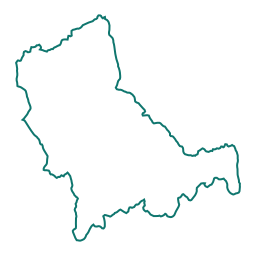 Ikolomani, Western, Kenya
{"feature_id": "3690345B71377831828194", "entity_name": "Ikolomani", "entity_type": "district", "adm_level": 2, "iso_a3": "KEN", "parent_name": "Kenya", "parent_adm1": "Western", "projection": "equal_earth", "projection_center": [34.717, 0.194], "detail": "fine", "context": "isolated", "style": "outline", "palette": "teal", "viewbox_px": 256, "rotation_deg": 0, "n_neighbors": 0, "source": "geoboundaries", "source_scale": "gbopen_adm2", "svg_char_len": 5770}
<svg xmlns="http://www.w3.org/2000/svg" viewBox="0 0 256 256"><path d="M75.4,238.0L76.7,240.2L77.9,240.3L79.2,240.6L80.5,240.6L81.9,240.1L83.8,239.2L84.9,238.0L85.7,236.6L86.3,234.9L87.2,233.9L88.3,232.3L89.9,228.9L91.3,226.5L92.2,225.5L93.4,224.6L94.6,226.2L95.8,226.5L97.1,226.5L98.2,226.2L99.1,226.2L100.3,226.6L101.2,227.3L102.1,228.3L103.5,228.5L104.3,227.6L104.8,226.4L104.8,223.5L104.7,221.8L104.4,220.0L104.0,218.2L103.3,216.2L104.8,215.0L106.0,215.2L107.2,215.6L108.8,216.0L110.1,216.6L111.2,216.1L112.6,214.9L114.1,214.0L114.9,212.9L116.0,212.6L117.0,212.1L119.5,210.0L120.5,209.6L124.0,211.9L126.3,213.1L128.3,211.5L128.7,209.3L129.5,207.5L130.8,207.3L132.0,207.8L134.2,207.0L135.2,205.5L136.3,204.5L137.7,204.6L139.1,203.7L139.9,202.4L140.8,201.6L141.7,200.9L142.9,200.5L144.1,199.6L144.7,201.4L144.2,202.9L144.6,204.1L144.8,205.6L143.9,206.3L143.2,207.7L143.6,209.5L144.8,210.8L145.9,211.5L147.2,210.9L148.7,212.1L150.5,214.5L152.1,215.3L153.8,216.1L158.2,216.0L159.4,215.6L160.8,216.4L162.2,216.0L163.2,215.5L164.0,215.0L165.2,213.8L166.3,214.4L166.8,215.5L167.5,216.3L169.0,216.8L170.4,217.1L171.6,217.0L173.0,216.3L174.2,215.2L174.8,214.0L175.9,211.4L177.9,207.9L178.7,206.4L179.2,204.6L178.5,202.2L178.1,199.5L178.1,198.2L179.0,197.7L180.0,197.5L180.9,196.7L182.5,194.4L183.4,194.2L185.7,196.4L187.1,197.2L187.9,198.4L188.9,200.0L190.3,200.4L191.4,200.0L194.9,195.5L195.6,194.3L196.3,192.8L196.8,191.0L196.7,189.5L196.9,187.8L199.2,185.5L200.2,184.5L201.1,183.5L203.3,183.2L204.9,183.3L204.4,184.5L205.1,185.8L206.1,186.6L207.4,187.1L210.3,184.9L211.5,184.6L212.3,183.4L213.1,182.0L213.7,180.1L214.1,178.5L215.1,177.8L216.8,177.8L218.9,179.3L221.0,179.3L222.3,179.0L223.7,178.6L224.3,179.4L226.1,181.2L227.2,183.8L227.3,185.1L227.2,187.2L227.6,188.9L228.3,190.4L229.0,191.5L230.0,192.7L231.4,193.7L233.2,194.5L234.6,194.1L235.6,193.5L237.5,193.1L238.8,192.5L239.5,191.2L239.9,186.9L239.8,185.1L239.9,183.6L239.0,182.2L238.9,180.2L237.8,175.7L237.6,174.4L237.5,169.0L237.2,167.1L237.1,165.2L237.3,163.6L237.8,161.7L237.9,160.0L237.7,158.7L237.7,155.4L236.7,151.9L235.7,150.3L235.3,148.8L234.2,146.2L232.9,145.6L232.1,145.0L231.2,145.6L228.6,146.5L227.6,145.9L226.8,144.4L225.3,144.2L224.1,146.8L223.2,147.3L222.3,146.6L221.2,146.5L220.2,148.0L218.7,148.7L217.5,148.4L216.6,148.4L215.8,149.1L214.6,149.4L213.0,149.2L212.3,151.0L210.9,150.8L208.6,151.9L206.2,151.4L205.4,150.7L204.6,149.5L203.4,148.7L202.5,148.4L199.4,150.6L198.2,151.2L198.0,152.7L197.5,154.3L196.2,154.8L195.1,155.8L194.1,155.4L193.1,155.8L192.2,155.9L191.3,155.4L190.3,155.2L189.0,155.3L187.6,155.0L185.0,154.2L183.8,152.9L183.3,151.5L183.2,149.7L183.0,148.1L182.1,146.6L179.9,146.1L179.0,145.0L178.3,143.9L177.6,142.5L175.9,140.6L175.4,139.5L173.2,136.7L172.2,136.2L170.8,136.1L170.0,135.2L170.0,133.3L168.3,130.9L167.2,129.9L165.6,127.5L164.8,126.5L163.5,126.2L162.0,124.9L160.5,123.3L159.4,122.8L158.5,122.8L157.2,122.8L153.9,123.4L152.6,122.4L152.1,121.2L150.1,118.4L149.5,117.2L148.9,115.6L147.2,115.2L143.9,115.5L142.8,115.5L142.4,114.2L143.1,113.0L144.2,112.6L145.1,111.4L144.6,109.9L143.0,108.3L139.6,104.5L138.8,103.4L137.9,102.9L136.6,102.5L135.2,101.5L134.7,98.1L134.2,96.7L133.2,95.6L132.4,94.5L131.4,94.0L130.5,93.1L129.3,92.7L127.9,92.7L126.7,92.4L125.5,91.7L124.4,91.5L122.6,90.5L121.6,90.0L120.3,89.7L119.1,89.8L116.8,89.2L115.8,87.7L117.1,85.0L117.6,82.9L118.2,81.0L119.1,79.8L119.9,79.0L120.2,77.7L120.2,76.0L119.9,72.5L119.6,70.8L118.9,68.2L118.1,66.4L118.1,64.4L116.4,59.1L115.3,53.8L114.3,46.3L114.0,44.5L113.4,42.3L113.3,40.5L113.0,39.2L112.4,37.9L110.2,35.7L109.3,34.9L109.0,33.6L109.0,32.1L109.4,30.0L109.5,25.5L108.9,23.0L108.3,21.5L107.0,20.0L105.1,19.0L104.9,17.0L103.9,17.4L102.9,18.3L101.8,17.4L101.0,15.9L100.1,15.4L98.5,15.4L97.5,16.7L97.2,18.2L96.0,19.1L94.6,19.4L92.7,21.2L88.8,22.5L82.8,25.2L81.6,26.8L80.5,27.8L78.7,28.7L77.5,28.6L76.2,28.9L74.9,29.4L73.0,29.8L71.5,30.9L71.5,33.3L71.7,35.6L70.6,36.3L69.5,35.9L68.4,35.9L68.0,37.6L67.6,39.6L65.1,39.4L63.8,39.5L62.3,39.9L61.4,41.2L61.0,42.8L60.6,43.9L59.7,45.2L58.5,45.4L57.7,46.0L56.6,46.4L55.6,47.1L54.5,47.4L53.6,48.1L52.9,49.1L51.9,49.0L50.9,49.3L49.8,50.0L48.8,50.1L47.7,50.5L46.9,51.6L44.1,50.8L42.8,50.2L40.0,49.5L40.8,48.5L41.0,47.2L40.3,45.9L39.2,44.7L37.9,45.3L36.7,45.3L35.5,46.7L34.1,47.1L32.6,47.3L31.4,47.1L30.5,49.8L30.3,51.6L28.9,52.2L27.7,52.2L26.8,51.5L25.4,51.1L24.0,51.9L23.6,53.3L23.6,55.1L22.7,56.6L22.0,57.7L20.9,60.5L19.9,60.9L18.0,60.4L17.0,61.4L16.1,62.9L16.6,64.7L16.9,66.8L17.2,69.0L17.0,70.3L17.1,71.7L17.3,73.5L17.3,75.3L16.6,78.8L16.7,80.8L17.1,82.2L17.3,83.9L17.4,86.0L18.3,86.5L19.7,86.8L21.3,87.5L22.3,88.2L24.8,89.9L25.8,91.1L26.7,94.5L27.0,96.7L27.7,98.3L28.2,99.9L28.5,101.7L29.9,105.2L30.4,106.6L30.6,108.2L30.2,109.4L29.3,110.6L28.3,112.1L27.7,113.5L26.9,114.8L23.9,118.6L22.6,119.8L24.5,120.5L25.4,121.7L29.0,127.4L31.3,130.9L33.7,134.2L34.6,135.2L36.9,137.0L37.6,138.0L38.7,139.1L39.5,140.7L40.1,143.5L40.7,144.3L42.0,144.5L42.7,146.0L42.9,147.6L43.5,149.2L44.2,150.5L47.6,156.1L47.4,157.9L47.2,159.1L47.0,162.2L46.8,163.7L46.1,164.9L45.0,166.1L44.3,167.1L43.7,168.4L43.7,169.9L44.9,170.3L46.2,170.2L48.8,170.6L49.7,172.0L49.9,173.4L50.7,174.4L51.7,174.3L53.0,174.9L54.5,175.9L55.7,177.2L56.8,177.9L58.3,176.9L59.7,177.0L61.4,175.3L63.7,176.3L64.5,174.7L65.5,174.2L66.6,173.5L67.5,172.6L68.3,173.4L70.2,176.1L71.0,179.1L71.4,180.3L71.7,182.1L72.4,185.2L72.1,186.6L71.3,188.1L71.5,189.6L72.1,191.1L73.9,193.9L74.5,195.3L75.4,196.0L76.2,197.0L77.2,197.5L77.9,198.7L77.3,199.7L76.8,200.9L76.5,202.3L75.6,203.9L76.1,205.4L76.1,206.9L75.1,208.3L74.7,209.8L75.2,211.3L75.9,212.8L76.0,214.3L76.3,215.5L76.4,216.8L76.0,218.1L75.9,223.6L76.0,226.7L75.8,228.2L74.8,229.0L73.7,229.6L72.8,230.9L73.0,232.1L75.4,238.0Z" fill="none" stroke="#0f766e" stroke-width="2"/></svg>